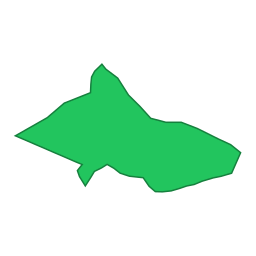 Sertãozinho, Paraíba, Brazil (Albers equal-area conic projection)
{"feature_id": "56859067B84212218420473", "entity_name": "Sertãozinho", "entity_type": "district", "adm_level": 2, "iso_a3": "BRA", "parent_name": "Brazil", "parent_adm1": "Paraíba", "projection": "albers", "projection_center": [-35.418, -6.737], "detail": "fine", "context": "isolated", "style": "filled", "palette": "green", "viewbox_px": 256, "rotation_deg": 0, "n_neighbors": 0, "source": "geoboundaries", "source_scale": "gbopen_adm2", "svg_char_len": 638}
<svg xmlns="http://www.w3.org/2000/svg" viewBox="0 0 256 256"><path d="M231.6,173.2L240.6,152.7L230.7,144.7L218.6,139.1L197.3,128.5L181.3,122.3L165.9,122.3L150.7,118.3L140.1,106.6L128.5,95.1L117.7,78.1L105.9,69.2L101.9,64.2L94.7,71.2L91.6,77.0L90.9,84.0L90.5,92.7L64.3,103.1L47.2,117.7L15.4,135.8L76.1,162.0L82.2,164.5L77.4,170.6L79.5,176.6L85.3,185.9L90.9,177.2L94.4,171.4L101.5,167.9L107.1,164.4L113.8,168.2L120.2,173.2L129.4,176.2L143.2,177.7L149.1,186.3L155.3,191.6L162.5,191.8L171.1,190.9L179.3,188.5L186.6,186.0L194.1,184.5L202.1,181.2L213.1,177.9L221.0,176.3L231.6,173.2Z" fill="#22c55e" stroke="#15803d" stroke-width="1.5"/></svg>